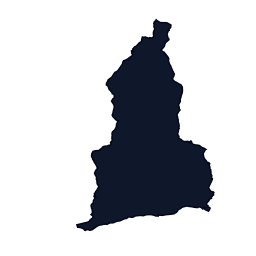 outline of Varghis, Covasna, Romania, rotated 347°
{"feature_id": "2599482B86735407816142", "entity_name": "Varghis", "entity_type": "district", "adm_level": 2, "iso_a3": "ROU", "parent_name": "Romania", "parent_adm1": "Covasna", "projection": "albers", "projection_center": [25.537, 46.156], "detail": "fine", "context": "isolated", "style": "filled", "palette": "ink", "viewbox_px": 256, "rotation_deg": 347, "n_neighbors": 0, "source": "geoboundaries", "source_scale": "gbopen_adm2", "svg_char_len": 5887}
<svg xmlns="http://www.w3.org/2000/svg" viewBox="0 0 256 256"><g transform="rotate(347 128 128)"><path d="M56.6,213.4L59.3,214.3L62.0,216.1L62.6,217.6L63.1,218.0L63.4,218.2L64.8,217.8L66.2,218.0L66.7,218.3L67.8,219.1L70.5,219.0L72.0,218.3L72.2,217.8L72.8,217.4L73.0,217.9L73.4,217.8L73.8,217.5L76.6,216.5L77.9,216.3L79.1,216.2L80.1,216.4L82.1,216.3L84.9,216.7L85.9,217.2L87.5,216.7L89.8,216.4L91.0,216.9L92.6,217.0L96.4,216.3L97.4,216.4L98.4,216.6L99.5,216.6L104.2,215.6L105.9,215.8L107.4,215.4L108.2,214.6L112.1,216.0L112.8,216.0L115.5,215.3L120.0,215.9L121.9,216.4L122.7,216.8L123.8,216.9L125.6,216.6L128.7,217.0L131.9,217.9L135.7,220.1L137.6,220.6L137.8,220.6L138.1,220.2L138.1,219.8L142.1,220.9L145.5,221.0L150.5,221.7L153.6,221.9L154.0,221.9L155.2,221.2L156.0,221.2L157.7,219.9L157.7,219.6L158.0,219.2L158.9,219.0L159.6,218.5L161.2,218.3L161.2,217.9L161.4,217.8L163.7,217.3L167.4,217.2L168.9,217.6L169.2,217.9L173.1,219.3L174.4,220.0L177.5,221.1L178.1,221.2L179.0,220.6L180.9,221.5L182.1,222.8L182.7,223.7L183.4,223.3L184.1,222.5L184.4,222.5L185.0,223.2L184.6,224.1L184.4,224.3L185.3,225.3L187.7,227.1L189.0,226.0L189.9,224.7L189.9,224.3L189.5,223.7L189.0,223.4L187.5,222.9L187.6,222.5L188.0,222.1L188.3,222.2L188.5,221.9L188.4,221.5L187.7,221.1L187.5,220.7L187.4,219.2L190.4,217.1L190.8,216.7L190.9,216.0L191.9,215.6L193.5,215.3L193.7,215.1L193.6,214.3L193.9,213.9L194.9,213.3L195.4,212.7L196.1,212.6L196.4,212.4L196.5,211.7L196.6,210.5L197.1,210.2L196.8,209.6L195.8,208.9L194.3,208.3L193.0,204.2L198.5,197.2L198.8,196.2L198.1,195.9L198.1,195.7L198.2,194.9L198.8,193.6L198.9,193.0L198.5,191.3L199.0,189.2L198.5,188.0L199.2,187.7L199.1,187.0L198.7,186.4L198.6,186.0L199.0,184.3L198.7,183.1L199.0,182.1L199.6,181.1L198.9,179.9L198.1,180.5L197.7,179.7L196.9,177.7L195.5,174.9L195.3,172.8L195.4,171.8L195.3,171.0L195.7,169.5L198.0,167.1L198.4,166.2L198.9,166.2L197.7,165.0L195.1,163.1L193.9,161.4L193.1,160.8L189.2,159.4L187.8,158.5L187.2,157.9L187.0,157.4L186.7,155.1L186.3,154.8L185.3,155.1L185.1,155.5L185.1,156.4L184.4,155.7L183.6,154.6L183.4,154.5L180.3,154.0L179.7,153.8L178.1,152.7L177.7,152.3L177.6,151.7L177.4,151.3L175.7,149.9L175.3,149.4L175.2,148.8L175.6,148.3L175.7,147.7L175.0,145.1L175.2,144.3L176.0,143.4L177.1,140.5L177.3,140.1L177.8,139.8L177.6,139.4L178.4,137.2L178.3,136.6L178.5,135.0L178.3,133.8L178.5,132.1L178.8,131.0L178.6,129.7L178.8,128.0L178.6,126.2L179.5,125.0L180.5,124.1L180.8,123.6L182.6,122.3L182.7,121.8L182.2,120.6L182.6,119.1L182.4,117.6L182.2,117.1L183.0,116.1L184.8,114.1L185.1,113.3L185.2,112.2L185.4,111.5L186.3,110.4L186.9,108.9L188.7,105.9L189.1,105.0L189.6,103.2L190.1,100.3L189.5,98.5L189.1,97.7L187.8,96.7L185.1,94.1L184.4,93.7L182.6,91.5L182.6,90.4L182.7,89.9L183.1,89.0L184.5,87.4L185.2,85.8L185.2,85.4L185.1,85.0L184.6,84.0L184.7,83.2L184.4,82.6L184.2,81.1L183.8,79.5L183.5,77.1L182.9,75.3L182.6,73.6L182.6,71.4L183.2,70.0L183.2,69.1L182.7,67.4L180.2,62.2L179.7,62.3L177.8,59.6L181.5,56.8L181.9,56.4L182.9,54.4L183.9,53.2L187.7,51.2L187.8,50.8L187.7,50.3L187.6,49.8L187.2,49.2L187.1,45.9L187.2,45.2L187.7,44.6L187.9,44.2L188.0,43.8L188.3,43.6L188.4,43.3L188.9,42.8L189.3,42.2L190.1,42.1L190.1,41.9L189.8,41.6L190.2,41.1L192.3,39.4L193.0,37.3L189.8,34.4L189.2,34.1L183.1,32.5L180.4,29.8L179.8,28.9L179.3,29.5L177.3,30.7L177.3,30.9L177.7,31.3L177.6,31.5L176.7,31.8L176.6,32.3L176.9,32.5L176.8,33.3L176.3,34.1L176.1,35.2L176.1,35.9L176.4,36.1L176.4,36.8L176.0,38.2L175.2,38.9L175.0,39.7L174.4,40.1L173.9,42.1L173.8,43.1L173.9,44.1L173.2,44.7L173.2,45.0L172.9,45.4L171.0,45.6L169.7,44.9L169.2,44.8L168.2,45.3L167.7,45.0L167.4,44.5L165.8,43.7L165.4,43.2L163.3,43.1L162.5,42.6L161.6,44.1L160.4,47.1L160.2,47.3L159.3,47.1L158.2,47.5L154.8,49.9L153.9,50.3L152.5,50.5L151.8,51.2L150.6,51.8L150.3,52.1L150.3,52.4L150.7,53.2L150.8,54.1L148.8,53.6L148.5,56.4L149.0,57.8L148.4,58.5L144.5,60.0L143.1,60.7L140.7,61.3L138.8,61.5L138.0,62.4L136.9,64.6L130.9,69.9L129.9,70.4L127.7,70.9L123.7,74.7L122.6,75.3L119.4,76.7L118.8,77.7L117.1,79.6L116.6,81.2L117.0,81.5L117.8,82.6L118.1,83.4L118.2,85.2L118.4,86.4L119.1,87.2L119.6,88.5L120.1,89.2L120.3,89.7L120.4,91.1L121.7,91.7L121.9,92.7L121.7,94.6L121.2,95.4L121.0,95.7L119.9,96.1L118.0,98.1L119.4,102.1L119.5,103.9L119.1,105.3L117.9,107.3L116.4,110.7L115.9,111.5L115.7,111.5L115.5,112.2L115.6,112.8L116.1,114.0L117.9,117.0L118.7,118.1L119.6,118.7L120.3,119.1L119.4,119.6L117.7,121.7L117.5,122.2L117.2,123.6L116.5,124.7L114.8,126.7L112.2,128.2L111.7,128.7L111.1,130.1L110.9,132.0L110.5,132.7L110.0,134.4L109.9,135.2L110.1,135.9L110.0,136.2L109.5,137.1L109.1,137.2L108.6,137.8L108.6,138.1L108.3,138.2L107.9,137.9L107.8,138.0L108.1,138.8L107.8,139.1L107.9,139.8L107.7,140.2L107.5,140.3L107.0,140.2L106.6,141.0L105.7,141.0L105.0,140.5L103.3,141.1L102.5,140.6L99.9,140.5L99.1,140.8L98.7,141.3L97.4,141.9L96.7,142.4L96.1,142.5L95.8,142.7L95.8,143.1L94.2,143.3L91.1,142.8L88.7,142.9L88.0,143.8L87.1,144.6L86.7,145.9L86.2,146.8L86.2,148.3L86.6,148.9L86.6,150.9L86.8,151.2L87.1,151.5L87.6,154.2L88.3,155.8L88.5,156.8L88.8,157.4L89.0,159.0L89.1,159.6L88.9,160.5L88.4,161.1L87.0,162.1L86.2,163.1L86.0,163.7L85.3,164.3L85.4,165.9L86.3,168.8L85.6,171.0L85.9,171.4L85.9,171.7L85.4,175.1L85.6,176.4L86.2,177.4L86.3,178.9L85.4,179.5L85.1,180.1L84.5,180.5L83.9,181.5L83.5,181.6L83.0,182.3L82.2,182.6L81.7,183.7L81.0,184.0L81.3,184.4L80.9,185.0L80.7,185.0L81.0,185.4L81.1,185.8L80.6,186.0L80.6,186.3L80.0,186.4L79.9,186.9L79.5,186.9L79.5,187.3L79.9,187.6L80.2,188.1L80.6,188.0L80.9,188.2L80.5,188.3L79.9,188.8L78.8,190.2L78.2,190.7L77.9,191.1L77.6,192.4L76.7,193.6L75.4,194.1L74.7,195.0L74.5,195.9L74.6,196.7L74.4,197.8L74.7,198.5L74.7,198.8L74.6,200.7L74.4,202.0L74.0,203.0L72.5,204.1L73.6,205.3L74.1,206.2L73.9,206.9L73.5,207.1L73.2,208.0L72.1,208.2L71.8,208.5L71.0,208.7L70.9,208.9L70.1,209.3L69.9,209.8L69.0,210.4L68.4,210.4L67.8,210.7L56.4,210.8L56.6,213.4Z" fill="#0f172a" stroke="#020617" stroke-width="1.5"/></g></svg>